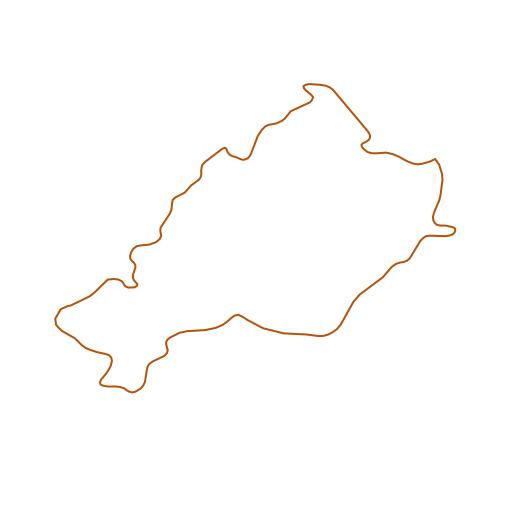 the County of Neamt, rotated 143°
{"feature_id": "ROU-309", "entity_name": "Neamt", "entity_type": "County", "adm_level": 1, "iso_a3": "ROU", "parent_name": "Romania", "parent_adm1": "", "projection": "robinson", "projection_center": [26.462, 46.963], "detail": "fine", "context": "isolated", "style": "outline", "palette": "amber", "viewbox_px": 512, "rotation_deg": 143, "n_neighbors": 0, "source": "natural_earth", "source_scale": "10m", "svg_char_len": 2552}
<svg xmlns="http://www.w3.org/2000/svg" viewBox="0 0 512 512"><g transform="rotate(143 256 256)"><path d="M103.0,281.6L104.6,281.5L105.6,280.0L105.8,277.4L104.4,272.1L102.2,268.9L98.6,265.9L89.9,260.3L85.5,255.1L82.3,249.6L78.0,240.2L74.9,235.3L71.5,231.7L67.6,229.6L60.4,226.8L54.6,225.6L54.8,218.6L57.8,210.3L61.1,204.7L72.6,193.0L76.5,189.9L86.5,184.3L90.9,181.0L92.9,177.8L93.4,174.8L92.8,172.1L90.9,169.8L85.8,165.7L81.3,160.3L80.6,158.1L81.7,156.2L83.7,155.1L86.4,155.0L89.6,156.1L93.1,158.1L104.7,167.4L108.0,169.4L111.3,169.8L115.8,169.1L134.6,161.6L138.3,161.4L141.9,162.4L145.1,164.2L149.3,165.5L154.2,165.6L167.5,162.7L196.3,162.8L205.7,160.8L229.7,150.2L235.5,148.9L240.7,149.0L245.7,149.9L250.2,151.6L253.9,154.1L262.9,162.9L280.6,177.7L293.8,194.0L301.4,210.2L303.2,215.3L305.5,219.7L308.8,221.3L313.3,221.4L318.1,220.9L324.1,221.1L331.4,222.8L341.3,227.5L356.4,237.5L363.1,240.6L373.5,242.6L377.3,242.4L379.6,241.3L381.0,239.3L383.1,234.0L385.4,232.1L389.1,231.4L401.3,233.8L405.8,234.1L408.9,233.0L411.6,230.9L420.5,222.2L423.9,220.5L428.0,219.6L433.8,220.1L437.0,221.6L439.0,224.1L440.2,226.9L441.0,229.9L443.4,233.2L446.6,236.3L452.5,240.6L455.9,244.0L457.4,246.8L456.6,249.1L454.3,250.5L446.7,252.2L442.1,253.8L437.8,255.9L434.3,258.8L432.7,262.0L433.0,265.3L435.8,269.1L441.3,275.5L445.8,282.2L447.3,285.0L448.7,289.2L450.2,299.3L456.0,312.8L456.9,317.9L457.0,321.5L454.1,326.7L444.0,331.0L436.6,329.3L433.9,328.0L413.1,323.9L406.9,324.0L388.7,326.4L383.5,323.3L380.0,319.9L378.4,316.7L378.2,314.5L378.7,312.4L378.4,310.0L376.9,307.5L371.7,304.0L368.9,303.9L367.6,305.0L367.9,307.4L368.1,309.8L367.4,312.5L365.9,314.7L359.0,319.6L357.7,321.7L357.5,324.2L358.1,326.9L358.0,329.5L356.5,331.9L353.6,334.1L349.5,335.6L345.4,335.6L342.2,334.1L334.3,329.3L327.5,327.2L322.6,327.5L319.5,329.2L317.3,333.7L315.2,336.0L299.3,341.7L295.7,343.8L290.7,349.2L288.5,351.0L285.2,351.3L274.6,349.5L265.5,351.4L255.7,351.3L252.9,352.2L250.6,354.0L248.6,356.9L246.2,359.4L243.7,361.2L239.2,361.8L218.8,361.9L215.9,361.3L215.2,360.0L215.5,358.3L216.1,356.1L216.2,353.8L215.6,351.5L214.2,349.2L212.5,347.0L209.6,341.9L207.9,340.2L204.1,339.0L201.0,339.5L198.2,340.8L182.3,350.8L175.6,353.2L170.7,353.9L167.2,353.2L159.9,349.6L154.0,348.3L150.4,348.4L141.0,350.7L120.0,346.2L117.5,346.9L114.8,348.5L114.9,351.4L116.5,358.1L116.8,361.1L115.8,363.1L113.2,362.8L110.1,361.3L101.6,354.0L97.8,350.0L95.7,346.4L94.5,342.4L91.7,289.3L91.8,285.9L92.5,283.4L93.8,281.9L95.7,281.0L98.3,280.9L103.0,281.6Z" fill="none" stroke="#b45309" stroke-width="2"/></g></svg>